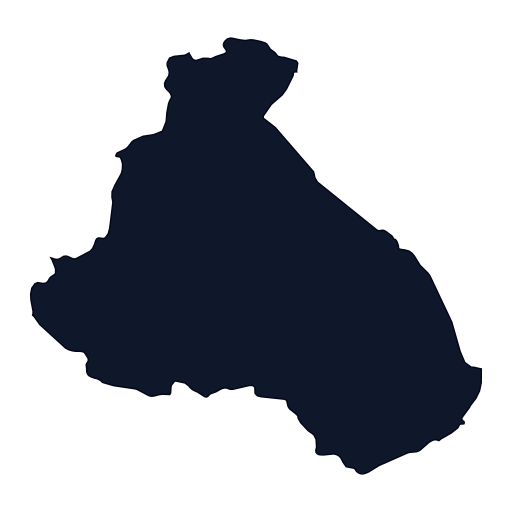 outline of Nord
{"feature_id": "CMR-1483", "entity_name": "Nord", "entity_type": "Province", "adm_level": 1, "iso_a3": "CMR", "parent_name": "Cameroon", "parent_adm1": "", "projection": "orthographic", "projection_center": [13.766, 8.625], "detail": "fine", "context": "isolated", "style": "filled", "palette": "ink", "viewbox_px": 512, "rotation_deg": 0, "n_neighbors": 0, "source": "natural_earth", "source_scale": "10m", "svg_char_len": 3870}
<svg xmlns="http://www.w3.org/2000/svg" viewBox="0 0 512 512"><path d="M296.7,71.8L294.7,71.9L293.6,72.3L293.3,73.4L293.2,74.7L292.9,76.1L286.4,89.1L282.2,94.9L271.3,104.4L263.1,116.2L263.4,118.3L275.3,127.6L313.6,171.9L314.9,177.8L317.4,182.1L347.3,206.2L377.2,230.3L379.4,230.9L380.6,230.5L381.8,230.3L383.0,230.3L384.3,230.6L386.1,231.6L391.4,235.6L392.6,236.8L393.3,238.5L394.2,239.2L395.2,239.5L396.2,240.4L396.9,241.6L398.2,245.1L398.5,246.7L398.5,248.0L399.0,248.9L400.8,249.4L405.8,250.2L409.2,251.2L412.0,253.3L414.3,256.0L420.0,265.3L427.8,273.0L429.8,275.6L433.5,283.4L451.8,322.2L460.1,351.4L464.8,362.5L471.2,367.2L474.1,367.3L478.3,368.3L481.3,368.9L481.2,382.8L479.5,390.9L475.9,398.3L470.4,405.5L469.4,407.5L462.1,417.4L461.6,419.5L464.2,422.0L464.0,423.7L463.4,423.9L460.8,424.0L460.0,424.2L459.2,425.0L458.1,427.3L457.6,428.0L451.2,433.0L440.9,438.9L438.9,440.6L438.5,440.4L437.4,440.0L435.9,439.7L434.1,439.8L431.9,440.6L428.9,442.4L420.5,449.8L418.7,450.9L416.6,451.7L413.5,452.0L411.4,452.1L409.2,452.4L407.1,453.1L379.0,465.5L369.0,471.7L367.3,472.5L365.6,473.2L364.1,473.6L362.6,473.9L361.0,473.8L359.4,473.3L357.5,472.2L356.6,471.4L354.5,468.3L346.2,466.7L342.8,461.8L342.0,460.0L340.8,457.8L339.2,456.1L337.1,454.8L335.2,454.2L333.4,453.9L323.7,454.9L320.3,454.8L318.7,454.5L317.2,453.7L316.1,452.4L315.8,450.3L316.3,448.5L316.6,446.8L316.1,439.3L314.0,435.0L312.0,433.3L310.4,432.3L308.0,430.5L300.8,422.8L298.2,418.3L297.9,416.1L297.1,415.0L295.6,413.6L290.0,409.2L289.3,408.4L288.5,407.2L287.9,405.8L286.8,400.8L285.9,399.8L284.6,399.2L261.1,396.7L257.5,395.8L256.1,394.5L255.1,393.3L254.9,387.4L253.2,385.7L251.6,385.4L248.6,385.6L233.2,389.2L231.5,389.3L230.0,389.2L226.7,388.0L224.8,387.9L222.3,388.4L220.5,389.2L217.2,391.1L215.7,391.9L210.9,393.6L209.5,394.5L207.8,396.4L206.4,397.0L204.6,396.6L197.5,392.0L194.5,390.7L192.2,389.4L190.0,387.4L188.6,385.7L184.9,382.9L175.4,380.9L174.0,381.8L173.0,383.2L171.7,384.7L171.2,385.8L170.9,387.6L170.6,392.9L169.7,394.5L162.6,394.2L158.7,394.7L155.6,395.6L152.6,396.2L150.7,396.1L148.6,395.5L137.1,389.4L135.1,388.8L113.5,385.6L102.6,382.4L100.4,380.3L97.0,378.6L95.7,378.4L93.9,377.9L90.7,376.7L89.0,375.7L87.7,374.3L86.8,372.1L86.6,368.0L86.2,364.9L86.7,363.5L87.5,362.3L88.2,361.0L88.4,359.6L88.0,358.1L85.2,353.6L84.0,352.2L81.9,351.5L80.1,351.3L75.0,351.2L71.6,350.6L68.7,349.7L65.5,348.0L39.8,324.5L34.2,316.6L32.6,315.1L33.0,314.0L33.1,311.3L31.0,300.2L30.7,294.1L31.8,288.2L34.9,283.8L37.8,282.6L43.0,283.5L45.8,283.1L47.4,281.9L48.5,280.4L49.4,278.7L50.4,277.3L54.5,274.5L55.6,273.3L55.6,269.5L55.2,267.6L52.1,259.8L51.0,257.9L54.7,259.1L56.6,259.4L58.5,259.2L60.6,258.3L62.2,257.2L63.8,256.3L66.3,256.1L68.0,256.6L72.4,258.6L74.4,259.0L76.4,258.5L90.2,251.2L92.6,248.6L94.6,244.2L95.8,240.4L96.8,238.8L98.3,238.0L100.2,238.1L101.9,238.4L103.6,238.5L105.4,237.7L108.3,233.7L109.8,227.8L112.9,202.2L112.0,197.2L112.1,191.7L114.9,185.3L121.1,174.1L121.9,171.7L122.4,169.2L122.6,163.8L121.5,159.8L120.2,157.0L116.4,156.4L115.8,155.9L116.7,153.5L117.6,152.8L125.5,149.1L126.6,148.3L128.1,146.8L132.0,141.8L133.8,140.4L143.1,136.3L153.7,134.7L162.4,131.2L166.2,121.6L166.9,112.8L168.6,103.6L169.9,100.3L171.2,98.1L171.5,95.9L170.1,92.8L166.2,88.8L164.8,86.6L164.6,83.5L165.6,80.8L168.8,75.8L169.3,72.5L168.8,69.9L167.2,65.5L167.2,62.8L169.6,58.1L174.0,56.4L184.6,55.3L187.1,54.2L189.0,53.0L189.4,53.9L192.1,58.5L193.3,59.6L194.9,60.4L196.6,60.4L203.1,58.3L208.0,58.4L210.7,58.8L212.7,58.1L215.8,56.6L224.4,53.8L226.0,52.8L226.7,51.4L226.1,50.0L224.0,47.0L223.5,45.5L223.5,44.0L224.1,42.4L225.3,40.8L227.5,38.9L229.5,38.3L231.5,38.1L240.0,39.9L245.2,40.5L250.7,39.8L253.5,40.0L260.7,41.5L265.0,42.9L266.9,44.1L270.2,49.1L270.8,49.6L275.0,52.7L277.8,56.3L281.8,57.3L283.9,57.3L296.3,61.0L297.7,63.1L296.5,71.4L296.7,71.8L296.7,71.8Z" fill="#0f172a" stroke="#020617" stroke-width="1.5"/></svg>